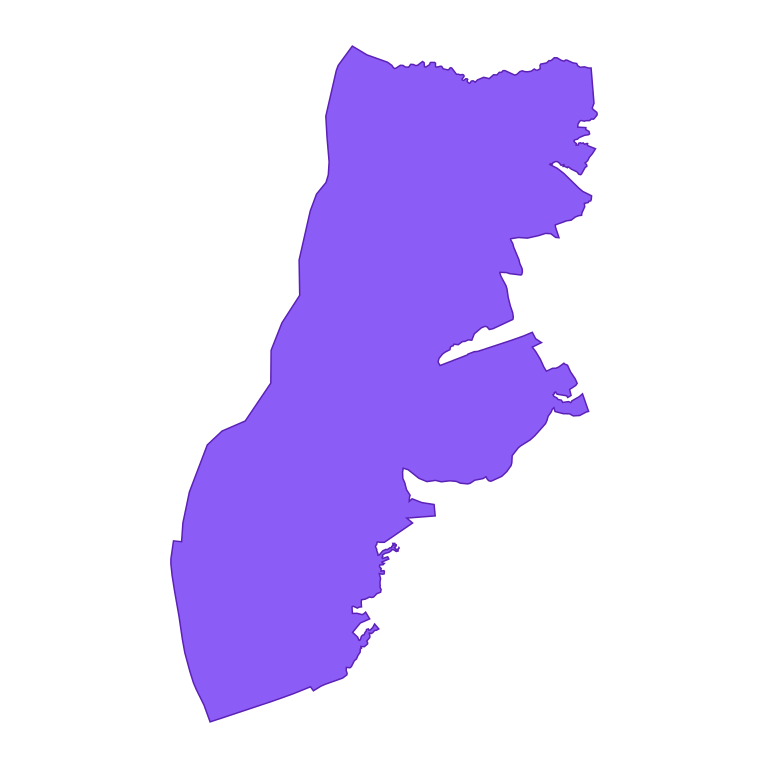 the district of Galicea, Vâlcea, Romania
{"feature_id": "2599482B8272038924488", "entity_name": "Galicea", "entity_type": "district", "adm_level": 2, "iso_a3": "ROU", "parent_name": "Romania", "parent_adm1": "Vâlcea", "projection": "albers", "projection_center": [24.314, 44.946], "detail": "fine", "context": "isolated", "style": "filled", "palette": "violet", "viewbox_px": 768, "rotation_deg": 0, "n_neighbors": 0, "source": "geoboundaries", "source_scale": "gbopen_adm2", "svg_char_len": 6036}
<svg xmlns="http://www.w3.org/2000/svg" viewBox="0 0 768 768"><path d="M378.8,628.9L374.6,624.0L372.7,627.6L370.3,629.9L368.8,630.0L368.3,628.9L366.5,629.5L366.3,630.9L365.1,632.3L364.1,634.7L362.5,635.2L361.3,636.5L360.6,639.0L359.9,640.2L359.1,640.4L357.7,637.2L352.6,632.4L360.3,623.0L369.7,618.9L365.6,612.1L363.7,613.9L362.1,614.6L357.0,613.3L352.4,613.4L352.0,606.9L353.1,606.2L357.4,608.1L359.2,607.1L361.5,606.9L361.2,602.1L361.6,599.7L365.1,599.2L369.7,597.0L371.6,597.5L373.5,597.1L376.8,593.7L380.6,592.2L381.1,589.5L379.9,586.9L380.3,585.3L380.0,584.4L380.1,580.9L380.6,578.7L379.3,573.6L382.2,574.2L384.1,573.9L384.4,571.4L383.9,570.6L381.0,571.1L381.3,570.2L380.7,569.2L381.2,568.4L379.6,567.0L379.7,565.0L383.1,564.7L384.3,563.4L382.3,563.1L381.9,562.1L388.8,559.0L387.7,556.8L382.5,558.5L382.1,557.7L382.2,557.0L382.8,556.6L382.4,555.1L385.0,553.4L388.8,552.4L391.1,550.9L391.5,549.9L393.4,549.6L396.3,551.5L398.2,550.9L397.9,549.9L399.2,548.0L398.9,547.6L398.5,548.8L396.3,549.7L394.5,547.4L395.7,546.7L396.3,545.5L396.2,544.8L395.4,545.1L394.9,543.4L392.8,543.4L393.6,545.4L393.1,545.6L392.8,545.0L392.6,545.7L391.7,546.5L391.6,547.7L389.9,547.8L387.2,549.7L385.9,549.4L382.8,550.8L379.3,554.9L378.0,555.2L377.9,553.6L376.8,551.0L376.8,549.5L375.5,546.8L375.8,545.5L376.7,544.6L377.1,542.2L378.0,541.8L379.4,542.3L384.4,542.3L412.6,523.0L406.8,518.1L435.2,515.9L434.1,504.5L421.9,502.6L412.1,498.8L409.2,501.4L409.5,497.3L410.1,495.3L406.5,489.6L404.8,482.9L402.8,478.3L402.6,472.2L403.2,468.2L408.1,469.7L418.9,478.3L426.9,481.6L435.5,480.4L441.3,481.8L449.9,480.8L456.4,481.4L460.4,483.2L467.7,483.9L470.1,483.3L474.8,480.2L483.0,478.6L486.0,476.8L487.4,479.4L488.8,480.7L490.2,481.2L491.6,481.0L501.8,476.3L506.8,471.6L511.1,465.5L511.8,462.8L512.2,455.6L518.3,447.8L520.6,445.9L530.3,439.8L535.1,435.4L545.5,423.7L547.1,420.1L548.1,416.3L551.2,412.0L552.3,409.2L553.9,407.7L555.0,411.5L563.3,413.7L569.5,413.8L573.3,415.9L579.7,415.5L586.1,412.1L588.6,411.4L582.5,393.8L579.2,396.7L571.7,401.0L571.1,402.3L570.6,402.6L568.7,401.6L562.7,402.4L561.4,400.2L557.9,399.4L556.9,397.9L553.9,396.4L553.0,394.7L554.4,393.7L554.4,392.6L555.6,392.0L557.1,394.2L566.7,395.8L567.7,397.5L568.9,396.8L571.1,395.4L569.6,389.5L575.8,385.4L577.2,383.4L575.3,379.0L570.5,371.8L567.5,365.2L565.0,364.2L563.9,363.2L558.9,366.9L556.0,368.2L552.5,368.3L546.4,371.2L543.9,367.1L540.3,359.2L535.6,351.4L532.3,347.1L541.5,342.6L535.6,338.7L532.3,332.3L523.5,336.0L510.8,340.5L477.7,351.4L474.2,351.7L467.9,354.1L467.2,355.0L440.1,365.5L438.1,362.1L439.0,358.4L442.5,354.1L445.0,352.2L449.9,349.7L450.4,347.1L451.8,346.1L453.2,345.8L453.9,344.2L458.2,344.7L462.4,341.6L464.9,341.4L468.2,339.9L471.8,340.2L474.3,333.8L481.4,327.8L485.1,326.3L487.1,326.9L489.3,329.5L493.0,328.7L512.9,319.4L513.3,317.1L512.7,312.8L510.3,305.7L508.2,297.3L507.0,289.0L506.0,285.7L501.0,276.4L499.8,272.9L499.9,272.3L506.7,272.6L509.5,273.6L520.8,275.0L521.7,274.6L522.4,271.9L522.1,268.6L519.8,263.5L518.9,259.6L513.8,247.4L512.7,243.4L510.6,239.7L510.6,238.8L518.4,237.5L527.5,238.1L538.7,235.6L545.5,233.4L550.8,233.7L555.6,237.4L559.0,237.7L555.4,226.8L555.3,224.9L566.6,220.8L571.1,220.2L575.3,217.0L578.6,215.7L581.6,215.3L581.9,213.0L584.7,206.8L584.4,203.4L588.3,202.5L589.1,201.1L590.7,200.9L591.3,199.3L591.6,195.8L582.9,191.5L579.0,188.3L563.8,173.4L557.1,168.2L549.8,164.5L550.6,163.6L552.3,164.1L553.0,162.7L555.4,161.6L557.4,161.6L559.4,163.1L561.1,165.3L563.9,164.6L564.0,165.1L563.2,166.4L564.7,166.4L567.4,167.7L567.9,166.9L568.5,167.0L571.6,169.3L577.0,171.9L578.9,174.3L580.7,174.7L581.5,174.0L585.0,167.7L586.9,166.2L586.6,164.7L585.1,163.0L587.6,160.8L589.4,157.2L592.3,153.8L595.5,148.8L587.9,145.7L587.3,144.7L587.7,143.7L587.2,143.4L584.5,144.2L583.2,142.9L581.8,143.4L580.3,142.8L578.8,143.2L578.3,145.0L576.1,145.1L576.4,143.6L574.7,142.3L573.9,141.1L574.6,139.9L577.6,139.1L579.2,137.6L584.6,135.3L588.6,134.7L589.6,133.9L589.0,131.4L585.7,129.5L585.9,127.6L577.7,127.1L578.0,124.1L579.8,121.1L581.0,120.5L584.5,121.2L585.7,120.7L589.7,120.6L591.3,119.0L593.4,119.2L594.2,118.6L597.1,115.0L597.1,113.2L596.7,112.3L593.1,109.4L592.2,108.0L594.0,103.3L591.1,68.0L588.5,68.0L584.4,66.8L580.3,67.3L577.8,65.8L576.7,63.5L572.8,62.8L566.9,60.1L565.4,60.1L564.2,61.2L561.0,60.2L557.1,57.8L554.3,57.7L551.8,60.0L550.4,60.8L549.0,60.6L546.6,62.9L540.7,64.1L540.0,65.4L540.2,68.7L537.5,70.2L536.1,70.1L534.2,69.0L531.3,71.2L527.5,71.8L524.7,71.6L522.3,70.8L519.9,71.6L516.7,74.5L514.7,75.1L505.0,70.6L503.1,70.6L501.4,72.4L499.3,72.3L496.9,74.9L493.5,74.8L489.2,78.6L483.7,77.3L477.5,79.9L475.2,82.2L473.4,80.9L472.0,80.9L471.2,81.2L470.2,82.9L469.4,83.3L467.4,81.9L467.2,80.7L467.7,79.4L467.2,78.9L465.7,78.8L463.7,80.4L462.4,80.1L462.1,79.1L464.0,76.6L464.1,76.0L463.6,75.0L462.6,74.5L460.3,74.9L458.4,74.2L456.5,74.3L451.8,68.1L450.9,67.7L449.8,68.1L448.9,69.6L447.8,69.9L443.2,68.8L441.7,66.4L440.7,66.2L436.3,67.2L435.5,66.3L435.5,63.1L434.5,62.4L430.7,62.4L430.1,62.9L429.6,64.6L425.9,67.0L424.5,66.7L424.1,62.6L422.5,61.5L417.4,65.4L415.5,65.5L413.4,64.5L410.7,64.3L408.6,67.2L405.3,67.0L403.0,65.4L400.3,65.3L395.9,68.2L394.7,68.5L393.3,67.6L391.9,65.4L387.5,62.2L367.0,54.9L352.3,46.1L338.2,65.4L336.3,70.5L325.8,116.2L327.0,137.1L329.1,161.9L328.3,174.8L326.0,182.5L316.5,194.1L310.2,211.1L299.1,260.0L299.7,295.3L281.9,322.9L271.1,350.3L270.8,383.1L245.2,421.0L222.1,431.0L207.3,444.9L189.4,491.9L182.9,522.9L181.6,541.7L173.5,540.9L170.9,558.9L170.9,564.1L172.1,575.4L174.4,590.1L179.0,616.3L182.4,639.4L184.8,652.7L189.9,671.5L193.4,682.7L196.1,689.1L204.0,705.1L210.1,721.9L272.1,701.3L293.1,693.8L310.5,686.8L313.4,690.8L320.7,686.3L324.9,684.4L342.8,678.0L346.9,674.8L347.1,673.2L346.2,670.5L346.4,667.4L349.9,667.8L351.3,666.7L354.3,660.8L356.5,658.9L357.9,655.5L360.1,652.3L360.3,649.1L361.5,648.1L360.8,647.4L360.8,646.5L364.4,646.7L367.6,643.9L367.6,642.5L366.7,641.2L369.7,637.6L369.9,636.5L369.3,633.2L371.3,633.5L372.8,632.6L374.6,630.5L376.6,630.2L378.8,628.9Z" fill="#8b5cf6" stroke="#5b21b6" stroke-width="1.5"/></svg>